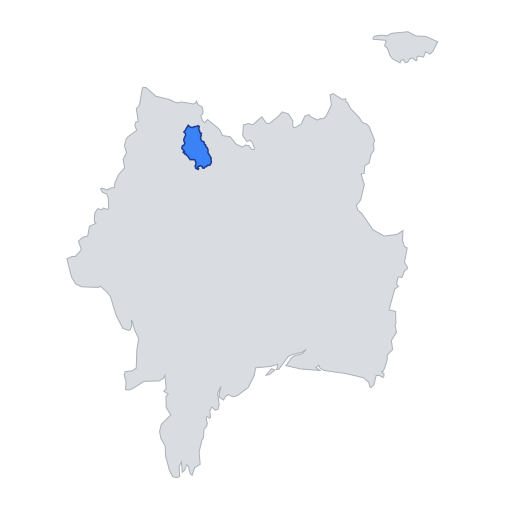 where Haute-Saône sits in France, rotated 268°
{"feature_id": "FRA-5301", "entity_name": "Haute-Saône", "entity_type": "Metropolitan department", "adm_level": 1, "iso_a3": "FRA", "parent_name": "France", "parent_adm1": "", "projection": "natural_earth1", "projection_center": [5.999, 47.635], "detail": "fine", "context": "in_parent", "style": "filled", "palette": "blue", "viewbox_px": 512, "rotation_deg": 268, "n_neighbors": 0, "source": "natural_earth", "source_scale": "10m", "svg_char_len": 6319}
<svg xmlns="http://www.w3.org/2000/svg" viewBox="0 0 512 512"><g transform="rotate(268 256 256)"><path d="M412.8,201.8L409.1,203.6L406.9,207.2L404.5,208.0L400.2,208.0L398.2,205.8L393.1,207.2L391.0,209.5L394.1,212.3L383.9,223.8L377.5,226.9L376.1,234.4L368.5,240.0L365.6,245.9L365.4,247.1L367.3,249.0L366.5,252.9L362.6,255.4L362.7,257.9L363.8,258.2L369.7,256.3L371.9,254.0L370.8,250.8L376.7,247.0L387.4,247.9L388.6,253.1L387.3,257.4L394.9,266.7L388.3,271.0L387.9,273.9L394.8,283.3L399.1,287.2L396.8,293.5L389.6,297.6L384.9,297.2L382.9,298.3L383.2,300.2L386.4,306.0L394.2,309.7L395.4,314.0L393.3,315.5L389.7,322.1L391.2,325.3L390.7,326.7L391.5,328.9L393.5,331.1L404.5,336.7L414.4,335.6L415.6,338.8L409.6,347.4L410.0,351.2L406.9,351.3L406.4,352.6L400.3,355.5L390.5,364.2L385.9,366.7L384.0,371.1L381.3,373.6L367.2,378.6L364.5,377.4L357.6,377.6L353.3,374.4L345.1,372.4L342.4,367.8L334.7,367.0L334.3,363.9L323.4,366.7L308.3,362.5L303.0,358.1L298.5,359.3L294.6,363.3L278.1,373.8L271.5,384.8L272.6,397.5L276.3,403.8L266.3,402.9L260.3,404.7L258.7,407.4L244.7,404.2L239.4,406.9L237.9,406.7L236.1,404.0L229.2,401.0L230.3,398.9L229.4,397.0L222.9,395.5L220.6,397.3L218.2,393.6L200.1,387.8L197.1,387.9L195.8,393.6L184.0,393.5L182.4,392.5L174.8,393.7L166.8,388.3L157.8,389.3L152.5,383.8L147.1,383.4L139.7,380.6L136.3,379.1L135.9,377.4L133.6,379.9L130.8,379.4L130.2,378.6L132.1,375.5L132.6,372.0L123.2,369.3L120.8,366.8L120.8,365.4L125.9,364.2L130.6,359.2L135.5,341.3L139.2,320.1L141.6,316.1L144.6,315.0L142.3,312.1L139.3,315.9L141.6,296.6L145.4,282.1L153.1,288.0L154.8,290.6L156.9,299.2L161.2,302.9L158.5,299.4L155.9,287.8L154.3,284.6L142.1,274.9L141.7,272.7L147.1,273.9L145.1,266.7L144.3,251.7L136.8,250.1L124.9,243.7L116.9,232.2L116.1,227.9L118.5,223.4L116.6,220.5L113.2,218.5L116.0,214.6L118.5,214.2L127.1,216.5L120.2,212.8L108.6,214.0L104.1,212.7L103.3,210.0L106.6,206.6L102.8,204.4L96.2,204.9L95.4,204.0L97.5,201.5L95.8,200.6L90.4,201.5L87.4,200.7L84.6,197.9L76.0,197.2L74.1,195.6L62.3,192.3L49.7,192.9L46.5,187.2L39.0,184.5L40.6,182.7L48.3,181.0L49.8,179.5L44.4,177.1L42.5,174.8L52.7,174.3L48.2,171.8L38.3,172.0L37.2,168.6L38.6,165.1L44.5,162.1L59.0,158.7L69.4,158.6L76.9,154.6L84.2,153.5L91.1,155.5L100.1,165.3L107.7,161.0L118.8,161.1L121.0,163.5L124.2,159.1L126.5,161.6L140.1,160.8L137.0,159.1L134.6,154.9L134.6,139.6L128.0,128.5L126.5,124.5L127.0,121.0L135.1,121.7L141.8,120.1L145.0,121.2L145.6,128.3L148.2,132.4L166.8,133.7L177.6,135.9L186.7,131.9L195.2,130.1L195.9,129.1L191.0,129.5L186.6,127.8L186.1,125.9L188.5,120.3L201.6,114.2L220.7,109.0L225.6,105.5L231.3,99.2L230.1,97.6L231.3,80.5L234.2,75.0L241.4,70.9L259.8,66.9L262.0,72.3L261.8,75.3L266.6,80.1L269.0,81.6L277.0,79.0L280.8,83.5L281.9,88.5L291.5,90.6L294.2,97.1L296.0,95.7L302.1,96.0L304.9,96.6L308.8,99.4L307.6,103.4L309.3,105.3L307.6,108.9L308.7,110.4L319.8,110.4L323.2,108.8L324.7,105.2L328.1,103.0L329.3,103.7L327.2,110.4L328.7,112.2L329.5,117.0L333.7,117.4L341.8,121.3L348.7,127.7L357.2,126.6L363.9,130.2L370.9,128.3L377.4,130.3L379.7,132.2L385.8,141.2L390.5,139.4L393.8,140.4L394.9,143.0L407.4,141.5L409.6,144.0L412.2,145.0L428.1,148.4L428.3,151.8L419.2,161.4L415.3,175.2L412.7,180.0L411.7,183.5L412.5,185.9L412.0,189.7L410.1,198.7L411.2,201.3L412.8,201.8ZM472.3,389.1L471.5,394.9L473.8,399.0L474.8,415.7L470.2,423.8L469.5,433.5L463.7,445.1L454.5,440.0L451.7,437.1L454.2,432.7L448.9,430.3L450.1,426.0L449.5,423.8L445.8,423.6L445.6,422.5L448.3,419.1L448.2,417.1L444.6,414.5L443.9,412.2L447.3,409.6L445.8,407.3L443.9,406.7L448.4,399.2L451.6,396.9L458.7,394.7L461.6,391.9L466.3,393.4L467.1,392.7L468.5,380.7L470.1,380.6L471.6,382.2L472.3,389.1ZM142.8,267.5L141.6,271.0L137.0,265.1L136.5,261.8L142.8,267.5Z" fill="#d9dde1" stroke="#a8b0b8" stroke-width="1"/><path d="M351.8,214.7L351.3,214.7L350.9,214.6L349.5,213.8L349.2,213.5L348.5,213.2L348.4,212.9L348.3,212.4L348.3,212.1L348.2,211.0L348.2,210.7L348.1,210.4L347.8,210.2L347.5,210.0L347.2,209.8L347.0,209.5L346.9,208.9L346.9,208.6L346.9,208.3L346.8,208.0L346.7,207.8L346.5,207.5L346.2,207.4L345.9,207.4L345.6,207.3L345.5,207.1L345.5,206.8L345.6,206.5L345.7,206.0L345.9,205.7L346.2,205.6L346.5,205.5L347.0,205.5L347.1,205.4L347.4,204.9L347.9,204.5L348.1,204.2L348.2,203.9L348.2,203.6L348.1,203.4L348.1,203.1L347.9,202.8L347.7,202.6L347.6,202.3L347.6,202.1L347.7,201.8L347.7,201.6L347.6,201.3L347.4,201.1L347.1,200.9L346.8,200.8L346.5,200.8L346.1,201.1L345.9,201.4L345.5,201.7L344.5,201.2L345.5,199.3L345.7,199.0L345.9,198.8L346.3,198.7L346.6,198.7L347.3,198.5L347.8,198.3L348.4,198.4L350.0,199.2L350.3,199.3L350.6,199.3L351.0,199.3L353.9,198.4L354.2,198.2L354.4,197.9L354.5,197.4L354.5,197.1L354.4,196.8L354.4,196.4L354.5,195.9L354.7,195.2L354.7,194.7L354.4,194.1L354.6,193.7L354.9,193.3L358.1,191.3L358.5,191.0L359.1,190.1L359.3,189.9L359.7,189.7L360.0,189.7L360.3,189.6L360.4,189.3L360.4,189.2L360.3,188.6L360.8,188.5L361.2,188.2L361.3,188.0L361.8,187.1L362.0,186.9L362.4,186.8L362.5,187.0L362.6,187.5L362.5,188.0L362.7,188.3L363.0,188.2L363.6,187.7L364.4,187.3L364.6,187.1L365.2,186.4L365.5,186.0L365.7,185.9L366.1,185.7L366.6,185.7L368.0,186.0L368.6,186.3L368.9,186.6L369.1,186.9L369.1,187.2L369.1,187.7L369.2,187.9L369.5,188.0L370.0,188.2L370.5,188.5L371.0,188.7L371.7,188.7L372.2,188.6L372.5,188.4L372.8,188.1L373.4,188.0L374.9,187.9L376.1,188.3L378.7,189.7L379.0,189.8L379.3,189.9L379.9,189.9L380.4,189.9L380.8,189.8L381.1,189.6L381.3,189.4L381.6,189.1L381.8,188.7L382.0,188.5L382.2,188.3L382.5,188.3L382.9,188.6L383.5,189.1L384.1,189.8L384.4,190.1L384.7,190.3L385.7,190.6L386.1,190.8L386.7,191.4L389.0,192.8L387.4,194.6L386.8,195.6L386.7,196.8L386.7,197.1L387.5,199.4L387.6,199.8L387.5,201.1L387.6,201.4L387.7,201.7L387.9,201.9L388.2,202.2L388.2,202.3L388.3,202.5L388.1,203.0L387.3,203.8L385.0,203.2L383.9,203.5L383.1,204.0L382.9,204.1L382.6,204.1L382.0,203.9L381.7,203.9L381.3,204.3L380.8,205.4L380.4,205.8L378.8,205.0L378.6,205.1L378.2,205.5L377.8,205.4L377.3,204.9L377.0,204.8L376.5,204.7L373.8,205.2L373.3,205.4L372.9,205.7L372.0,207.8L371.5,208.2L371.1,208.2L370.3,208.1L369.8,208.1L369.7,208.2L369.4,208.4L369.3,208.6L369.1,209.1L369.0,209.3L368.8,209.4L368.7,209.5L368.3,209.6L367.3,209.5L367.1,209.7L366.3,210.7L365.8,211.0L363.5,211.8L362.8,211.8L361.7,211.5L361.3,211.5L355.4,214.6L354.4,214.5L353.9,214.3L353.4,214.3L351.8,214.7Z" fill="#3b82f6" stroke="#1e3a8a" stroke-width="1.5"/></g></svg>